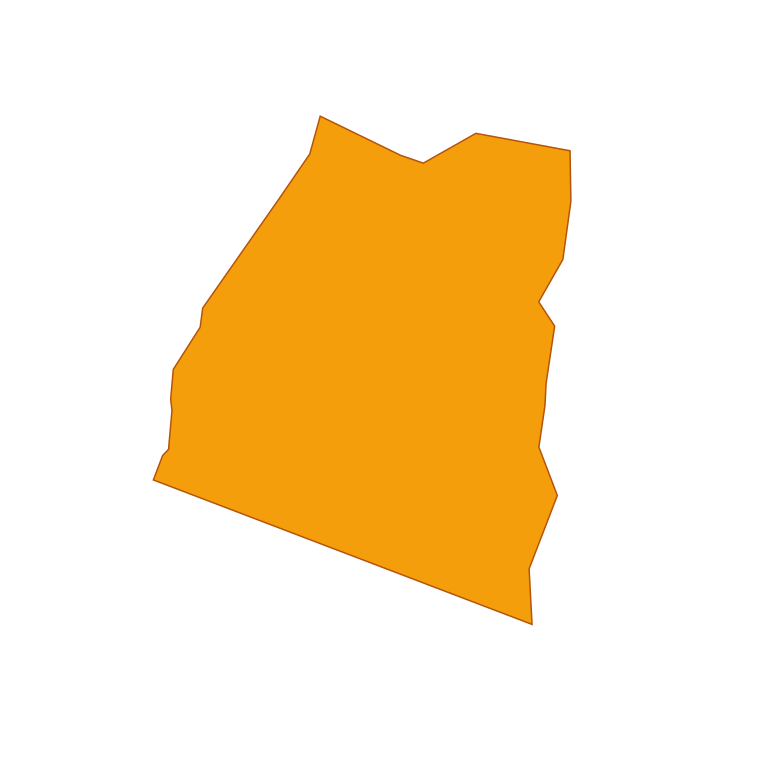 Clarke, Virginia, United States of America, rotated 162°
{"feature_id": "52423323B97176580342978", "entity_name": "Clarke", "entity_type": "district", "adm_level": 2, "iso_a3": "USA", "parent_name": "United States of America", "parent_adm1": "Virginia", "projection": "natural_earth1", "projection_center": [-77.999, 39.122], "detail": "fine", "context": "isolated", "style": "filled", "palette": "amber", "viewbox_px": 768, "rotation_deg": 162, "n_neighbors": 0, "source": "geoboundaries", "source_scale": "gbopen_adm2", "svg_char_len": 507}
<svg xmlns="http://www.w3.org/2000/svg" viewBox="0 0 768 768"><g transform="rotate(162 384 384)"><path d="M317.5,109.6L303.1,163.4L253.6,224.4L256.2,276.1L237.6,313.7L229.6,334.6L203.8,386.3L211.5,414.3L175.4,447.2L149.8,500.0L135.0,548.3L219.2,594.0L278.4,581.9L297.5,596.3L361.9,658.4L383.6,625.6L426.8,592.4L533.0,512.2L541.3,494.8L579.9,463.0L591.6,435.4L593.8,424.4L606.8,393.9L609.1,388.4L616.6,384.4L633.0,364.0L318.0,110.0L317.5,109.6Z" fill="#f59e0b" stroke="#b45309" stroke-width="1.5"/></g></svg>